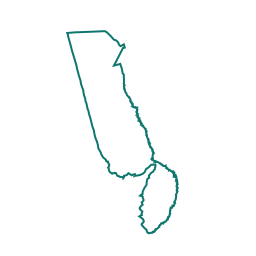 the district of Itilima, Simiyu, United Republic of Tanzania, rotated 255°
{"feature_id": "72390352B56378812232391", "entity_name": "Itilima", "entity_type": "district", "adm_level": 2, "iso_a3": "TZA", "parent_name": "United Republic of Tanzania", "parent_adm1": "Simiyu", "projection": "robinson", "projection_center": [34.228, -2.888], "detail": "fine", "context": "isolated", "style": "outline", "palette": "teal", "viewbox_px": 256, "rotation_deg": 255, "n_neighbors": 0, "source": "geoboundaries", "source_scale": "gbopen_adm2", "svg_char_len": 5772}
<svg xmlns="http://www.w3.org/2000/svg" viewBox="0 0 256 256"><g transform="rotate(255 128 128)"><path d="M235.5,93.9L233.2,94.1L232.3,93.9L221.1,94.0L218.3,93.9L201.4,94.4L198.4,94.1L196.1,94.2L191.6,94.1L185.9,94.4L182.9,94.0L176.0,94.5L174.1,94.2L170.4,94.0L167.5,94.3L165.0,93.9L162.5,94.2L156.9,93.9L155.2,94.2L151.1,94.0L147.2,94.2L138.9,94.0L134.3,94.4L130.7,94.0L126.4,94.0L122.7,94.5L118.7,94.5L116.8,94.1L115.6,94.2L111.6,95.3L109.5,95.4L107.5,96.0L107.1,96.0L105.6,96.6L103.2,98.4L101.8,98.3L101.3,99.0L100.7,99.3L100.6,99.9L99.9,99.6L99.1,100.1L97.1,100.4L96.6,99.9L95.0,99.1L94.8,98.5L93.6,98.9L91.6,98.7L90.0,99.1L88.9,100.3L88.1,101.7L88.1,102.0L88.0,101.9L88.0,103.5L87.7,104.6L84.7,105.3L84.3,105.7L83.8,106.8L83.0,107.3L82.2,109.7L81.3,110.4L80.7,110.4L81.5,111.4L82.9,111.8L82.8,114.0L83.1,115.3L83.7,115.7L84.2,116.8L81.3,119.4L81.7,120.4L81.6,122.7L80.7,122.6L79.9,122.0L80.0,123.2L79.6,125.1L79.7,125.7L79.5,127.1L79.9,130.2L80.9,132.5L83.9,135.1L84.0,136.1L84.9,138.2L86.3,140.5L86.4,141.1L85.8,144.2L85.4,145.0L83.8,144.6L82.5,143.7L81.5,143.4L81.0,143.0L80.7,142.3L79.3,140.9L78.8,139.2L78.1,137.8L77.3,137.1L76.8,136.1L76.1,135.7L74.5,135.6L73.9,133.9L73.2,133.1L70.3,131.8L68.3,131.2L66.1,128.6L63.0,125.9L60.2,124.8L60.2,123.6L59.5,122.2L58.8,123.6L58.0,124.4L57.0,124.2L54.3,124.4L53.4,123.6L52.7,122.0L50.1,122.3L49.8,121.3L48.9,120.0L48.1,118.9L47.4,118.9L47.0,118.4L46.6,118.4L43.7,120.2L42.9,119.9L41.7,118.9L40.3,118.8L40.4,118.1L39.8,116.8L39.7,116.1L36.3,118.8L35.9,119.0L35.2,118.9L34.4,119.2L33.6,119.1L32.5,117.8L32.0,116.6L31.0,116.1L27.4,117.8L25.0,119.5L24.6,119.6L23.7,119.4L21.8,119.8L21.4,120.7L20.8,121.1L21.0,122.3L20.5,124.4L21.4,125.1L21.4,125.5L20.9,125.8L20.8,126.1L21.6,126.9L21.4,127.2L22.4,128.5L22.7,128.6L23.0,128.3L23.2,128.5L23.2,130.4L24.3,132.1L24.4,132.7L25.3,132.7L26.0,133.5L26.1,134.5L27.3,135.3L27.3,136.4L26.8,137.0L27.5,137.2L27.6,137.7L27.5,138.0L27.2,138.0L27.5,138.8L27.9,139.0L27.9,140.3L28.4,140.8L28.6,141.4L29.2,141.6L29.8,142.4L29.5,142.9L29.7,143.0L30.6,143.5L31.4,143.4L31.6,143.6L31.7,144.9L32.5,145.2L33.1,145.7L33.8,145.8L34.2,146.6L35.0,146.4L36.9,147.1L37.2,147.6L37.9,147.6L38.4,147.9L39.5,148.2L39.5,149.7L39.7,149.9L40.3,149.6L40.6,150.8L41.5,151.0L40.9,152.0L42.3,153.1L43.5,153.6L43.5,154.1L44.0,154.1L44.4,153.5L44.7,153.6L45.8,154.9L47.5,156.1L48.5,156.2L49.6,157.0L51.0,156.9L53.8,159.3L54.8,158.8L55.3,159.5L56.5,159.4L56.6,160.1L57.7,160.6L58.4,159.9L59.3,159.8L59.7,160.3L60.2,160.4L60.7,161.1L61.0,160.7L61.4,160.7L62.1,161.5L62.8,161.3L63.1,161.5L63.5,161.1L63.6,161.5L64.3,161.2L64.6,161.8L65.4,161.8L65.6,161.2L66.3,161.8L67.4,161.6L68.2,162.1L68.6,162.1L69.3,161.9L69.4,161.5L69.4,161.2L69.0,161.2L68.6,160.6L68.7,160.3L69.1,160.2L69.2,159.8L69.9,160.4L70.4,160.0L70.9,160.3L71.0,160.8L71.2,160.5L72.1,160.1L72.3,160.6L72.5,160.6L72.4,161.0L72.6,161.1L72.8,160.6L73.0,160.5L73.3,160.9L74.0,160.2L73.6,159.9L73.9,159.4L74.5,159.0L74.7,159.6L75.2,158.5L76.0,158.0L76.0,157.8L76.7,157.2L76.6,156.8L77.0,157.0L77.2,156.6L77.7,156.3L78.1,155.6L78.7,155.4L79.0,154.9L79.3,155.3L79.7,154.8L80.6,154.8L81.2,154.1L81.9,154.5L81.9,154.2L81.7,153.8L82.1,153.1L82.0,152.7L82.5,152.3L82.6,151.9L83.0,151.9L83.5,151.3L83.9,151.3L83.9,150.8L85.4,150.3L85.4,149.7L86.5,148.9L87.9,147.1L87.9,146.7L88.2,146.6L88.0,146.1L88.4,146.1L88.4,145.8L88.6,146.1L89.2,145.5L89.9,144.2L90.5,144.1L90.9,143.6L91.4,143.8L91.1,143.0L91.4,142.9L91.9,143.5L92.2,142.9L92.9,143.8L95.7,145.0L96.6,145.7L96.7,146.3L97.0,146.5L97.3,146.4L97.6,145.9L98.1,145.7L98.4,145.9L99.0,145.7L99.1,146.0L100.0,145.6L100.5,145.7L100.7,146.1L101.1,145.8L101.5,145.9L102.0,145.5L102.7,145.5L103.0,144.9L103.5,145.2L103.8,144.8L104.3,144.5L104.5,144.7L105.3,144.5L105.7,144.7L106.4,144.5L106.2,144.3L106.5,144.1L107.0,144.2L107.2,144.7L107.6,144.2L108.3,144.1L108.6,144.6L108.8,144.2L109.4,144.7L110.7,144.3L110.8,144.5L111.4,144.4L111.7,144.9L112.1,144.9L112.9,144.3L114.8,144.1L115.7,144.3L115.7,144.0L116.4,143.8L117.2,144.4L118.4,144.4L118.6,144.3L118.8,144.5L119.5,144.4L119.9,144.9L120.1,144.6L120.3,144.8L121.5,144.8L122.1,144.5L122.4,144.7L122.7,144.2L124.3,143.9L124.5,143.5L125.9,142.9L126.3,143.1L126.4,142.6L126.7,142.6L127.0,141.9L127.6,142.0L127.8,141.6L128.4,142.4L128.9,142.1L129.0,141.7L129.6,141.6L129.8,142.0L130.2,141.7L130.8,141.8L131.0,141.2L131.6,140.8L131.5,141.2L131.8,141.4L131.9,141.1L132.1,141.4L132.3,141.3L132.4,140.9L132.7,141.3L133.1,141.1L133.1,141.3L133.4,141.4L133.5,141.2L133.7,141.5L134.3,141.6L134.7,140.8L135.2,140.9L135.5,140.6L135.5,140.4L135.9,140.1L136.2,140.4L136.6,140.2L136.7,140.7L137.0,140.9L137.8,140.6L138.0,140.4L138.4,140.4L138.5,140.1L138.8,140.6L139.2,140.6L139.3,141.0L140.0,140.5L140.7,140.3L141.1,140.8L141.6,140.5L141.9,141.1L142.6,141.1L143.4,141.9L144.3,141.5L144.4,142.1L144.5,141.7L144.9,141.6L145.2,141.9L145.3,141.1L145.7,141.0L145.6,140.5L145.9,140.1L146.3,140.1L146.2,139.7L146.9,138.9L146.8,138.5L147.6,138.2L147.8,137.8L148.3,138.5L149.0,138.5L149.3,138.3L149.6,138.6L149.9,138.3L150.4,138.7L150.9,138.4L151.4,137.7L151.9,137.5L152.1,137.8L152.4,137.4L153.6,137.1L153.8,137.2L153.6,137.4L153.8,137.7L155.3,137.7L156.1,137.4L156.5,137.1L157.0,136.9L157.4,137.2L158.0,136.6L159.9,135.5L162.1,135.4L162.5,135.1L163.4,134.7L165.4,134.9L165.8,134.5L166.3,134.5L166.6,134.8L167.2,134.8L167.3,134.5L168.0,134.8L168.6,134.7L169.2,134.9L170.0,135.7L170.4,135.3L171.2,135.6L172.0,135.4L172.4,135.7L176.9,136.9L178.6,137.1L179.6,137.6L180.8,137.7L181.8,137.1L182.8,137.0L186.5,137.4L191.9,137.1L191.9,130.6L206.6,143.9L206.5,145.7L209.9,145.6L209.2,143.4L209.0,141.9L211.1,140.8L213.1,140.7L215.3,139.5L216.1,138.7L216.7,137.5L217.3,137.1L221.8,134.8L225.7,132.5L227.5,130.8L233.6,103.7L233.9,102.7L235.5,93.9Z" fill="none" stroke="#0f766e" stroke-width="2"/></g></svg>